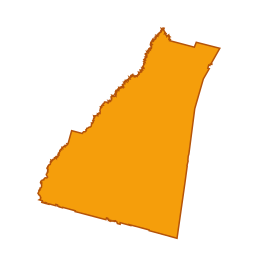 the district of Edward River, New South Wales, Australia, rotated 97°
{"feature_id": "25037944B16722839752740", "entity_name": "Edward River", "entity_type": "district", "adm_level": 2, "iso_a3": "AUS", "parent_name": "Australia", "parent_adm1": "New South Wales", "projection": "natural_earth1", "projection_center": [144.82, -35.234], "detail": "fine", "context": "isolated", "style": "filled", "palette": "amber", "viewbox_px": 256, "rotation_deg": 97, "n_neighbors": 0, "source": "geoboundaries", "source_scale": "gbopen_adm2", "svg_char_len": 5857}
<svg xmlns="http://www.w3.org/2000/svg" viewBox="0 0 256 256"><g transform="rotate(97 128 128)"><path d="M214.7,183.1L216.6,170.2L217.4,170.3L221.7,138.7L219.9,138.4L220.0,137.2L220.9,137.0L220.9,136.2L222.0,136.1L221.7,135.5L222.4,135.1L222.1,134.7L222.6,134.2L221.8,133.7L222.4,133.1L222.3,132.1L221.9,131.7L222.4,130.5L222.4,130.2L221.8,130.3L221.6,129.4L222.0,129.2L221.8,128.9L222.2,128.6L222.7,127.5L224.1,126.9L224.5,124.1L222.9,124.2L224.4,114.1L223.8,114.6L226.6,94.6L227.3,94.5L231.5,65.9L175.4,64.8L158.5,64.6L158.2,64.9L153.4,64.3L153.1,64.6L148.8,64.8L146.4,64.4L100.7,64.1L70.1,59.2L59.2,54.6L59.0,56.1L55.7,55.6L55.9,54.3L54.5,54.1L54.7,52.6L54.4,52.5L54.3,53.5L37.7,46.6L34.6,70.7L39.7,72.0L36.3,96.8L36.1,96.6L35.7,97.4L34.9,96.8L34.5,97.9L35.2,97.7L35.1,98.2L33.9,98.0L33.6,98.3L33.3,98.0L32.8,98.6L33.1,97.9L32.6,97.8L32.5,98.5L32.3,97.8L32.0,98.4L31.5,98.4L31.3,99.1L30.7,99.1L31.1,99.6L31.8,99.3L31.6,99.9L32.5,100.6L31.7,100.9L30.9,101.9L29.8,101.7L30.0,102.5L29.3,102.6L29.7,103.2L29.1,103.1L28.8,102.7L26.9,104.2L25.7,104.6L24.6,104.3L24.5,105.4L26.0,105.5L25.2,107.1L27.2,106.4L27.4,107.1L28.2,106.7L29.0,107.1L29.2,107.4L28.9,107.7L29.8,108.6L30.2,108.5L30.4,109.0L31.6,108.9L31.4,109.8L33.1,109.6L32.5,110.7L32.5,111.2L33.3,110.4L33.4,111.3L34.0,111.1L34.4,111.7L34.4,111.1L35.2,111.1L35.4,111.3L34.9,111.8L36.4,111.6L36.5,112.2L37.0,112.4L36.5,112.9L36.6,113.6L37.1,113.6L36.7,114.1L38.1,114.7L38.2,113.5L38.6,113.3L39.2,113.8L38.8,114.3L40.0,115.7L40.9,115.8L40.9,114.6L41.1,115.6L41.4,115.7L41.3,115.2L42.0,114.4L42.1,115.4L42.5,115.7L42.8,115.6L42.5,115.1L43.0,115.2L43.2,114.7L43.7,114.5L44.0,114.6L43.8,115.3L45.3,114.4L46.1,114.5L45.8,115.4L46.1,116.0L46.9,115.4L47.8,115.3L47.5,115.9L46.4,116.5L46.9,117.0L47.9,116.7L48.4,117.7L49.0,116.6L49.4,116.5L49.2,117.4L49.7,118.1L50.3,117.2L51.0,117.2L50.3,118.5L51.1,118.1L51.9,118.7L52.0,119.7L52.3,119.9L52.6,119.7L52.5,118.7L53.1,118.2L53.4,119.3L54.6,118.2L55.3,119.5L55.7,118.6L56.1,119.4L57.2,118.9L57.5,119.2L57.4,120.0L58.3,120.7L58.7,120.3L58.9,119.1L60.1,120.2L60.6,119.9L60.1,119.6L60.9,119.1L60.8,119.9L61.1,119.6L61.9,120.3L62.6,119.7L62.8,120.1L64.2,120.2L65.0,120.9L66.1,119.9L66.3,121.2L67.0,120.1L67.1,121.0L67.7,121.5L68.8,120.6L69.1,121.6L68.9,123.0L70.3,122.6L70.2,122.3L69.4,122.3L69.7,121.3L70.1,121.3L70.1,122.1L70.7,121.8L70.7,122.6L71.7,122.2L71.3,122.6L71.8,123.3L71.4,124.3L73.0,123.7L72.8,124.7L73.3,124.0L73.7,124.5L74.2,124.4L74.3,124.9L75.8,125.2L75.6,126.0L75.1,126.2L75.4,127.1L76.2,127.2L76.0,127.6L76.4,128.0L75.1,128.6L75.2,129.3L74.2,129.8L74.4,130.0L74.9,129.5L75.2,130.3L75.9,129.9L76.4,130.4L76.4,130.8L75.3,131.2L75.5,131.5L76.2,131.2L76.0,132.2L76.5,131.4L77.4,131.4L78.0,131.9L77.5,132.8L78.0,132.5L78.5,132.9L79.0,132.4L78.9,133.4L80.7,133.5L79.9,134.1L80.2,134.6L80.9,134.4L81.4,134.9L81.3,135.3L80.7,134.7L81.0,136.2L82.1,135.3L81.8,136.1L82.1,136.9L82.6,136.5L83.0,137.4L83.6,136.2L83.4,137.5L84.5,136.6L85.1,138.2L85.7,138.8L86.7,137.8L87.1,138.1L87.5,137.6L87.5,138.4L88.3,138.0L88.1,138.6L88.7,139.2L87.9,139.6L88.1,139.9L88.4,139.7L88.3,140.2L89.1,140.4L88.7,140.9L89.6,141.2L89.1,142.1L90.4,141.8L90.1,142.3L90.6,142.8L91.5,142.3L91.3,142.8L91.5,143.2L92.1,143.0L91.8,143.9L92.2,144.6L92.6,144.5L92.6,143.9L92.9,143.8L93.3,144.5L93.8,143.9L94.1,144.7L94.9,144.1L95.2,144.9L95.6,145.1L95.7,144.3L96.3,143.9L96.5,144.8L96.8,144.2L97.7,144.0L97.3,144.6L97.9,144.7L98.5,145.6L97.9,146.2L98.5,146.8L98.1,147.2L97.8,146.6L97.2,146.6L97.7,146.8L97.5,148.0L98.5,147.4L99.3,148.7L100.5,147.8L100.8,148.2L102.0,147.7L102.6,148.5L103.5,148.5L103.9,149.0L103.2,149.7L103.9,149.7L103.6,150.6L104.1,150.2L104.7,151.2L105.1,150.6L105.7,150.8L104.9,153.0L105.1,154.5L106.5,154.8L106.8,155.6L107.8,155.7L108.2,156.2L108.6,155.5L109.2,156.9L110.5,156.7L110.4,157.9L111.7,157.4L112.1,157.8L114.2,158.0L114.9,157.6L116.8,157.5L116.5,158.2L116.7,158.8L117.1,159.1L117.5,158.7L117.9,158.8L117.6,160.0L119.5,159.5L119.2,160.8L119.7,161.3L120.0,162.7L120.8,162.2L121.3,162.4L120.7,163.3L122.3,162.7L122.7,163.3L123.6,163.2L124.4,163.6L124.3,163.0L124.6,162.8L125.1,163.6L125.6,163.6L126.0,163.1L127.6,163.8L127.3,164.4L127.5,164.8L128.0,164.2L128.7,164.7L130.6,164.7L131.5,165.3L131.9,166.7L133.2,168.1L133.3,168.8L134.5,169.1L135.0,169.6L135.6,169.0L136.9,169.9L137.2,171.7L139.0,172.8L137.5,183.6L150.9,185.6L151.0,186.6L151.6,186.1L152.5,186.6L152.7,187.4L153.1,187.4L153.0,188.4L154.2,188.3L153.9,188.9L154.3,189.2L154.2,189.7L155.2,190.3L155.2,191.1L156.1,190.6L155.9,191.2L156.8,191.2L157.3,192.0L157.8,191.5L158.5,192.9L159.3,193.0L159.6,192.6L160.9,193.5L161.2,193.3L161.4,193.8L162.2,193.4L162.3,193.9L162.7,193.7L163.1,194.2L163.6,193.6L163.7,193.9L165.0,194.1L164.8,194.7L165.5,194.8L165.3,195.3L165.8,195.2L165.6,195.9L166.4,195.7L166.0,196.1L166.5,196.3L166.2,196.7L166.4,197.4L167.7,197.3L168.4,198.8L169.1,198.8L169.1,199.3L169.7,199.4L169.3,200.5L170.6,200.0L170.9,200.3L170.6,200.7L171.0,200.9L171.7,200.4L171.9,200.8L173.4,200.7L174.1,201.3L174.1,201.9L175.8,202.9L176.1,202.6L176.6,203.0L177.3,202.7L177.5,203.5L178.1,203.5L179.1,202.3L179.8,202.6L180.4,202.2L180.9,202.5L181.5,202.2L181.9,202.8L183.1,202.8L183.7,203.4L184.4,203.4L186.5,201.8L187.5,202.5L187.5,204.0L187.9,204.6L188.9,205.2L189.6,205.2L190.3,207.0L191.0,207.2L191.2,207.8L192.0,208.1L193.0,208.2L193.4,207.8L193.0,207.0L193.7,206.9L194.1,207.3L195.1,206.7L197.5,206.7L198.0,207.1L198.4,208.0L199.3,207.6L199.7,208.2L200.6,208.0L200.8,208.8L201.3,208.5L203.8,209.4L204.4,208.7L205.1,208.6L205.5,207.5L207.1,206.4L207.8,206.4L208.0,206.0L209.3,206.4L210.1,207.4L210.6,204.2L212.3,204.5L212.5,203.4L212.0,203.2L212.2,201.9L212.7,202.0L212.9,200.9L212.0,200.7L212.2,199.7L213.0,199.9L213.4,197.2L212.9,197.2L213.9,190.5L212.6,190.3L212.9,188.6L214.0,188.8L214.3,186.6L214.7,186.7L215.2,183.2L214.7,183.1Z" fill="#f59e0b" stroke="#b45309" stroke-width="1.5"/></g></svg>